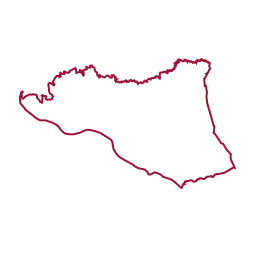 outline of Paso de los Libres, Corrientes, Argentina, rotated 74°
{"feature_id": "61730980B64755596751827", "entity_name": "Paso de los Libres", "entity_type": "district", "adm_level": 2, "iso_a3": "ARG", "parent_name": "Argentina", "parent_adm1": "Corrientes", "projection": "mercator", "projection_center": [-57.461, -29.678], "detail": "fine", "context": "isolated", "style": "outline", "palette": "rose", "viewbox_px": 256, "rotation_deg": 74, "n_neighbors": 0, "source": "geoboundaries", "source_scale": "gbopen_adm2", "svg_char_len": 5539}
<svg xmlns="http://www.w3.org/2000/svg" viewBox="0 0 256 256"><g transform="rotate(74 128 128)"><path d="M62.7,190.4L63.6,192.2L64.5,192.6L71.6,193.8L73.3,193.5L75.7,191.7L77.1,191.4L77.7,192.5L78.9,192.7L79.4,193.8L79.4,194.4L78.9,195.8L78.6,198.0L77.3,199.1L76.1,198.5L76.0,198.1L74.9,198.0L74.6,198.4L74.5,199.2L72.9,201.3L73.3,202.0L74.3,201.3L78.2,203.1L78.8,203.9L79.7,203.4L80.0,203.7L79.0,205.1L78.1,205.1L77.6,205.6L76.5,205.7L74.0,207.1L72.4,206.7L71.3,206.7L70.7,207.3L70.3,208.5L69.2,210.2L69.5,211.4L68.7,212.9L69.4,218.0L70.8,220.2L70.7,221.4L69.6,221.6L66.0,220.9L65.2,220.6L64.7,219.5L64.3,219.2L63.8,219.5L63.7,219.9L64.0,220.5L64.6,221.0L67.6,222.7L68.4,223.5L73.1,224.4L75.1,224.5L79.7,222.3L82.2,221.5L89.8,215.9L91.9,214.7L94.8,212.2L96.7,209.6L97.5,206.3L98.8,203.6L99.7,202.7L101.4,200.0L105.1,196.0L107.3,194.5L111.3,193.1L114.4,191.4L116.0,189.8L117.1,188.0L118.9,183.1L119.2,178.3L119.2,174.9L118.4,169.5L118.6,167.3L119.4,165.1L122.2,160.0L125.0,156.1L134.9,147.3L137.5,147.0L143.6,147.7L145.0,147.6L149.5,146.3L153.4,144.3L156.9,141.1L165.1,132.9L167.0,131.8L169.8,128.6L172.4,123.6L175.4,121.4L177.8,121.2L178.3,120.8L178.8,119.9L178.9,118.9L178.2,116.1L178.1,114.3L180.5,110.8L181.7,109.5L184.8,107.5L188.5,101.9L190.0,100.0L191.3,99.3L192.6,98.1L200.3,93.3L199.8,92.2L198.5,91.7L197.7,90.9L197.8,90.4L197.4,90.1L197.5,89.4L196.9,89.8L196.6,88.9L195.3,88.2L195.2,87.9L195.7,87.4L195.2,86.3L195.6,84.1L195.4,82.4L196.4,80.7L197.8,79.7L197.9,79.3L197.8,77.1L197.0,76.4L196.4,75.2L197.0,74.2L196.1,73.2L196.5,72.4L196.5,71.2L197.3,70.7L198.0,69.0L197.9,68.2L196.6,65.6L197.2,62.7L197.0,61.9L197.3,61.6L197.3,60.8L198.2,60.7L198.6,59.8L198.5,59.4L197.0,57.8L196.5,55.6L196.8,54.9L197.2,54.9L197.5,47.2L195.0,37.4L195.6,36.4L186.5,37.8L182.3,36.9L181.7,36.3L176.1,39.1L169.5,40.9L168.3,42.8L167.4,42.8L158.0,45.9L156.5,47.1L150.9,44.7L149.8,44.7L149.8,45.0L125.5,45.0L119.4,43.9L115.5,42.3L108.8,41.6L108.8,42.6L101.9,41.3L102.0,41.1L97.8,36.9L97.3,37.6L96.8,35.9L94.3,33.7L93.7,32.8L90.9,32.9L88.2,31.5L87.6,32.5L86.8,32.6L87.0,33.2L86.8,33.6L85.2,34.0L85.2,34.5L84.8,34.5L84.8,35.0L84.4,35.3L85.0,35.7L84.6,36.0L84.6,36.5L84.1,36.7L84.0,36.9L83.6,36.9L83.3,37.2L83.5,37.6L82.6,37.8L82.0,38.5L82.2,38.9L82.9,38.4L83.0,39.2L83.2,39.3L83.1,40.4L83.4,40.4L83.2,41.1L82.7,41.0L82.3,41.7L83.0,42.0L82.9,42.5L82.3,42.5L82.6,42.9L82.5,43.1L82.0,42.7L81.9,42.9L82.4,43.9L83.1,43.7L83.1,44.1L83.6,44.3L83.1,44.4L83.2,44.7L83.7,44.7L83.3,45.9L83.5,46.0L82.7,46.8L83.1,47.1L83.2,47.7L82.2,48.0L81.6,49.6L81.1,49.4L81.1,50.6L80.7,51.0L80.5,50.9L79.6,52.0L79.7,52.5L80.3,52.8L79.6,53.0L79.7,53.6L78.7,53.9L79.0,53.4L78.3,54.0L78.3,54.3L79.1,54.4L78.6,55.6L79.0,56.3L79.0,57.0L77.5,58.0L77.3,58.5L77.6,59.1L77.4,59.4L76.8,59.1L76.3,59.7L76.8,60.7L76.3,61.0L76.7,61.4L76.7,61.8L77.7,61.7L77.4,61.3L77.7,60.9L78.8,61.1L79.0,61.9L78.8,62.3L79.2,62.9L78.6,63.1L77.9,63.0L77.9,63.3L78.4,64.4L78.6,63.9L78.4,63.5L78.7,63.4L78.8,64.6L79.4,64.7L79.8,64.2L80.3,64.2L80.6,64.7L80.1,65.1L81.3,65.0L81.1,65.9L82.4,65.7L83.5,66.8L83.6,67.5L84.1,67.7L84.0,68.0L83.4,68.0L83.8,68.8L84.3,68.8L85.0,69.3L85.2,71.0L84.5,72.5L84.3,72.6L84.0,72.0L83.9,72.4L84.3,73.0L83.9,73.1L83.3,74.0L84.0,74.6L84.3,74.6L84.5,74.1L85.8,74.4L86.2,75.1L85.8,75.8L85.5,75.8L85.4,75.5L85.0,75.5L84.2,76.8L84.1,77.6L83.8,77.9L84.3,78.7L83.9,79.6L84.0,80.6L83.6,81.7L83.7,82.0L86.3,83.0L86.7,83.4L87.9,83.2L89.3,83.9L89.1,84.2L87.4,84.6L86.3,85.9L86.3,86.3L86.8,87.1L86.1,87.1L87.1,89.0L87.0,90.2L86.4,91.0L86.6,91.8L86.9,92.4L87.7,92.8L87.6,93.2L86.4,94.5L87.7,97.1L88.8,96.8L88.7,97.3L87.7,97.7L87.2,98.4L88.0,99.0L88.1,99.9L87.9,100.0L88.3,100.3L88.8,101.7L88.8,102.3L88.6,102.6L87.5,103.1L87.6,104.6L88.5,106.3L87.5,106.6L86.6,106.5L85.4,107.3L85.2,107.8L85.6,108.4L85.1,108.8L84.0,108.8L84.2,110.8L83.6,111.6L83.1,111.5L82.8,111.7L83.1,112.4L82.7,113.2L83.1,113.4L83.9,115.0L83.8,115.3L83.3,115.1L83.2,115.6L82.6,116.0L83.1,116.9L81.6,117.1L82.2,119.1L82.5,119.5L81.8,120.6L82.1,121.1L81.6,121.2L81.6,121.5L82.1,121.4L82.4,121.9L81.7,122.9L81.8,123.6L81.4,123.6L80.9,124.1L80.6,125.0L80.8,125.4L80.4,125.9L80.4,126.3L79.9,126.3L80.1,126.9L79.7,127.0L79.6,126.7L79.0,127.0L78.6,126.3L78.6,127.1L78.3,127.2L77.9,126.9L77.6,126.1L76.9,126.1L76.5,126.4L76.5,125.9L76.2,125.8L75.0,126.7L74.6,126.5L73.3,127.1L73.2,127.5L73.5,128.0L72.9,129.1L73.5,129.2L73.7,128.6L75.1,129.9L74.5,131.3L72.4,132.5L72.0,133.0L71.8,134.0L72.9,136.4L71.3,138.9L70.9,140.6L70.2,140.1L69.7,140.3L70.9,141.0L71.4,141.9L70.9,142.1L70.3,141.5L69.4,141.8L69.5,142.3L68.9,142.5L68.7,143.0L66.4,142.5L65.4,142.9L64.8,143.8L64.5,143.8L60.9,143.8L60.2,144.2L59.6,145.1L58.1,145.3L57.9,145.6L57.8,147.3L59.1,147.3L59.6,147.9L59.0,149.6L58.0,150.7L57.9,151.1L57.9,151.4L59.3,151.2L60.3,151.5L60.3,152.2L59.9,153.0L60.2,153.5L60.0,154.1L60.0,154.9L60.8,155.3L62.8,155.4L65.1,156.1L65.3,156.5L63.9,156.9L63.1,156.8L61.9,157.8L60.8,156.9L59.1,158.0L59.0,158.3L60.4,158.6L60.7,158.9L60.7,160.8L61.0,162.3L60.6,162.5L58.7,162.0L56.3,161.9L55.7,162.2L56.2,163.2L56.3,164.8L56.9,166.3L57.0,168.2L57.2,168.5L58.1,168.7L58.5,170.2L58.4,170.6L57.8,171.1L57.4,172.6L56.1,173.6L56.2,174.1L56.6,174.4L57.6,173.8L58.3,173.8L58.5,174.2L57.7,177.0L57.5,177.3L56.4,177.3L56.2,177.8L56.9,178.3L59.1,178.7L59.9,178.3L60.2,179.4L60.2,180.1L59.5,180.2L59.1,179.4L58.7,179.2L58.6,179.8L58.8,181.3L58.2,182.1L59.9,184.5L61.1,185.5L62.1,186.8L63.1,187.5L65.8,186.7L66.3,186.9L66.5,187.2L66.2,188.2L65.0,188.1L64.7,188.4L64.5,189.3L63.6,189.8L63.3,191.0L62.7,190.4Z" fill="none" stroke="#9f1239" stroke-width="2"/></g></svg>